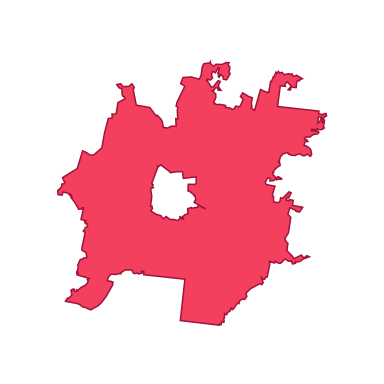 Iecavas pag., Iecavas, Latvia, rotated 105°
{"feature_id": "27541924B36715332650417", "entity_name": "Iecavas pag.", "entity_type": "district", "adm_level": 2, "iso_a3": "LVA", "parent_name": "Latvia", "parent_adm1": "Iecavas", "projection": "orthographic", "projection_center": [24.179, 56.61], "detail": "fine", "context": "isolated", "style": "filled", "palette": "rose", "viewbox_px": 384, "rotation_deg": 105, "n_neighbors": 0, "source": "geoboundaries", "source_scale": "gbopen_adm2", "svg_char_len": 5922}
<svg xmlns="http://www.w3.org/2000/svg" viewBox="0 0 384 384"><g transform="rotate(105 192 192)"><path d="M329.5,275.2L329.7,271.6L331.4,267.4L331.1,265.7L332.1,259.3L326.1,253.2L322.8,251.1L315.5,248.0L302.5,244.6L299.6,244.9L299.8,245.9L299.3,246.1L299.5,250.9L295.7,250.7L293.5,249.7L292.2,248.4L291.2,243.6L289.8,241.6L289.3,239.5L288.7,240.1L284.6,236.3L282.9,230.1L285.6,227.7L285.6,226.0L284.5,223.8L285.0,222.4L283.1,219.1L281.5,220.2L281.5,217.8L284.4,217.3L278.1,176.3L319.2,170.0L313.5,130.8L312.3,131.1L312.5,129.6L309.6,129.7L309.3,129.3L309.8,128.1L309.2,127.3L306.2,128.6L305.3,128.1L301.0,129.1L301.7,127.2L301.4,126.7L299.4,126.6L297.3,124.6L294.3,124.4L294.0,123.6L295.3,122.7L293.9,121.5L288.1,119.6L287.7,117.8L284.6,117.8L282.0,115.3L282.4,114.2L281.7,113.1L278.8,112.0L275.6,113.6L270.1,110.3L262.9,102.5L263.4,100.6L262.5,100.1L261.1,99.8L256.9,102.6L257.9,100.5L257.5,99.3L255.3,98.8L254.9,97.6L254.2,97.4L242.3,98.1L238.8,99.2L238.5,98.3L239.3,97.9L239.2,93.9L237.6,94.0L238.1,92.1L238.3,88.7L237.1,87.3L232.6,85.0L233.8,81.1L233.6,79.3L232.7,78.2L235.5,76.3L234.1,73.5L232.4,74.1L232.2,71.9L231.2,69.9L227.7,66.9L224.2,61.9L223.7,64.5L226.8,66.9L224.6,70.1L230.1,76.2L227.5,79.1L224.2,85.1L216.7,86.1L215.8,87.9L213.4,90.3L206.5,88.3L191.0,90.0L188.6,93.6L181.8,93.4L182.9,87.0L183.8,86.5L183.5,82.9L178.1,81.1L178.9,91.6L173.8,92.0L174.2,96.0L175.5,96.0L175.4,99.1L172.3,98.5L172.7,97.1L167.1,96.0L166.7,98.3L174.5,102.8L174.7,104.9L179.1,104.7L180.1,106.8L180.3,110.7L175.2,112.1L174.2,113.7L164.9,113.3L165.6,122.3L163.7,123.8L158.6,122.4L158.6,120.0L161.2,119.6L159.9,116.1L157.6,114.6L158.4,113.4L157.4,112.1L156.6,108.9L156.0,108.7L154.8,112.9L156.8,114.4L153.9,118.6L152.5,119.3L151.9,118.1L151.0,118.8L146.9,116.7L143.4,113.7L140.8,115.0L141.1,115.7L140.1,116.5L139.6,115.6L135.1,115.8L131.5,113.8L129.0,109.7L130.5,108.7L130.4,106.7L130.8,106.3L130.1,101.7L128.6,100.3L127.2,97.3L128.0,95.6L128.2,93.8L127.9,92.7L125.4,90.0L127.0,87.4L126.2,86.4L124.4,86.2L120.0,88.5L118.2,92.3L117.7,96.0L114.2,95.8L113.2,93.1L111.7,94.8L112.2,96.8L111.3,96.9L109.6,96.5L108.4,92.4L105.2,89.8L103.5,86.1L102.6,85.1L101.4,84.9L100.9,85.8L100.9,88.0L102.0,92.3L100.3,92.5L99.9,87.4L98.5,87.6L99.0,85.7L98.5,83.9L97.6,82.2L95.9,80.8L94.3,82.1L90.4,82.2L91.2,84.2L90.2,84.8L89.3,84.4L89.4,83.2L88.5,82.6L87.9,83.4L88.0,84.2L87.4,84.1L87.7,86.4L91.3,87.0L93.1,88.4L89.5,89.0L86.6,89.3L86.2,86.0L87.5,85.8L87.2,84.1L85.1,83.5L83.8,81.7L81.5,82.8L82.1,84.6L83.6,85.6L83.3,86.5L83.8,89.8L81.0,90.3L87.3,131.5L66.6,134.2L65.7,129.1L64.6,130.3L60.9,128.7L64.1,123.5L68.3,125.7L68.2,123.5L64.5,123.1L64.7,120.7L64.2,118.4L58.0,119.5L56.6,116.9L55.9,117.3L54.0,114.7L52.1,121.2L52.9,121.8L53.9,124.5L51.9,126.0L52.9,127.2L52.6,129.1L54.8,133.3L53.1,136.1L54.4,138.1L53.1,139.8L55.7,140.9L54.6,142.0L59.6,142.5L59.5,143.2L65.0,143.9L64.9,144.7L75.3,143.7L75.2,144.3L76.6,144.6L75.2,152.3L96.9,152.7L95.5,156.6L93.8,156.1L91.4,157.6L85.3,158.1L85.0,162.1L83.1,168.8L87.4,169.9L88.2,168.0L90.0,166.5L96.6,167.8L97.3,168.1L97.8,172.1L101.0,172.9L101.6,173.7L101.0,178.5L101.8,181.6L99.8,181.8L99.7,182.5L100.1,187.8L101.1,190.4L100.9,193.0L100.5,192.8L100.1,194.2L94.6,193.4L91.3,194.4L89.0,198.7L88.3,197.3L85.0,196.2L85.0,194.5L85.7,193.2L86.8,193.3L86.3,190.3L83.7,193.4L81.7,194.1L77.9,193.3L77.6,195.4L78.0,195.7L85.2,198.9L85.4,200.9L80.6,205.9L80.9,206.7L79.1,206.7L79.2,203.4L76.5,201.5L74.8,203.1L71.1,203.7L70.2,203.1L70.8,200.3L64.8,198.7L65.3,197.4L70.9,197.8L71.0,196.3L73.4,196.7L74.2,195.5L71.2,194.5L72.5,191.8L74.9,191.0L74.8,188.0L73.9,187.3L67.9,185.8L66.2,187.5L63.1,187.3L60.8,188.3L60.7,189.3L59.5,190.3L57.5,189.7L58.1,192.4L61.0,195.9L62.4,201.8L65.1,204.0L62.9,207.6L61.4,208.0L62.8,208.5L65.0,213.7L68.6,214.5L76.9,213.4L81.1,214.1L81.1,222.7L83.8,230.4L90.3,231.0L91.5,226.6L92.5,226.5L109.3,229.7L113.2,229.6L114.1,227.3L116.4,227.5L125.1,224.7L125.2,226.7L132.5,224.4L133.8,229.1L136.5,232.0L137.0,236.4L131.6,239.0L129.8,240.7L126.8,245.7L127.7,246.5L121.3,254.6L122.5,268.3L108.3,275.3L106.0,274.8L103.2,277.8L103.1,278.3L106.3,280.2L108.0,285.8L105.9,288.9L107.7,292.5L110.3,289.3L110.6,286.5L116.3,284.6L117.7,283.1L117.6,281.8L119.4,281.0L124.8,286.7L135.7,285.5L137.4,287.9L137.3,289.4L141.3,288.3L142.6,291.9L157.4,291.8L172.7,290.5L181.8,296.6L182.7,300.2L181.3,303.7L180.5,308.3L199.0,308.9L211.7,320.8L215.9,317.3L217.0,317.9L218.1,319.9L221.1,319.4L225.4,322.1L229.2,320.7L228.6,316.6L225.3,316.5L225.3,311.2L227.0,308.9L225.5,309.1L226.3,307.5L228.6,306.5L228.3,307.9L232.5,302.4L238.0,296.9L236.7,293.5L235.6,294.0L235.4,292.7L247.3,292.1L247.1,286.4L247.7,288.3L248.9,287.8L250.2,286.5L249.7,285.2L251.9,284.0L254.3,286.0L255.5,285.8L257.3,286.8L258.3,286.7L258.2,285.2L258.9,284.7L274.5,283.9L276.8,283.1L278.0,278.8L281.9,276.8L283.1,277.4L283.8,279.8L285.3,280.0L285.9,282.2L286.7,282.6L292.4,283.4L294.0,282.4L297.5,282.4L300.0,281.0L299.3,282.7L300.4,282.5L300.6,281.4L301.8,281.6L302.1,268.9L303.8,270.5L305.1,269.0L309.1,270.4L313.2,274.7L316.7,276.8L316.2,278.0L317.9,278.0L318.5,279.5L317.5,280.9L316.6,280.3L316.3,281.4L318.2,283.5L322.7,281.4L326.4,283.7L327.0,284.3L326.8,284.9L330.4,285.9L329.5,275.2ZM177.6,219.9L179.0,217.8L177.0,213.6L174.7,206.5L181.1,203.9L176.3,191.9L182.3,190.3L183.8,190.9L185.5,197.6L192.0,196.2L192.0,194.5L194.0,189.9L195.0,189.1L194.5,188.6L197.9,186.5L201.5,187.3L204.5,175.2L204.8,175.3L202.9,182.7L205.0,182.3L207.8,188.2L207.2,188.8L209.2,191.9L214.2,190.3L215.4,192.6L218.6,195.0L219.1,195.3L218.7,194.4L219.5,193.3L220.8,193.8L220.1,195.9L218.4,197.6L220.0,196.7L223.3,198.3L223.2,202.3L223.8,203.9L224.0,206.8L222.3,210.6L225.3,212.9L222.9,216.0L222.8,219.4L223.1,219.6L220.9,227.0L218.3,225.9L216.0,227.0L216.7,228.3L206.7,229.7L199.5,232.8L197.9,230.7L197.7,231.7L195.1,231.3L194.2,233.1L176.6,231.4L176.7,230.5L175.9,232.0L175.3,230.1L173.9,229.3L177.6,219.9Z" fill="#f43f5e" stroke="#9f1239" stroke-width="1.5"/></g></svg>